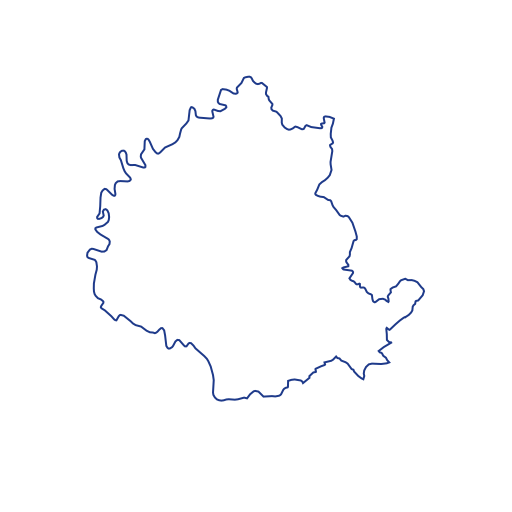 the district of Lang Giang, Bắc Giang, Vietnam, rotated 318°
{"feature_id": "81297802B94506734482800", "entity_name": "Lang Giang", "entity_type": "district", "adm_level": 2, "iso_a3": "VNM", "parent_name": "Vietnam", "parent_adm1": "Bắc Giang", "projection": "mercator", "projection_center": [106.283, 21.368], "detail": "fine", "context": "isolated", "style": "outline", "palette": "blue", "viewbox_px": 512, "rotation_deg": 318, "n_neighbors": 0, "source": "geoboundaries", "source_scale": "gbopen_adm2", "svg_char_len": 6149}
<svg xmlns="http://www.w3.org/2000/svg" viewBox="0 0 512 512"><g transform="rotate(318 256 256)"><path d="M253.3,419.4L256.2,417.6L257.4,415.5L259.8,413.5L263.5,412.1L267.3,412.0L270.2,413.6L276.7,420.0L281.3,423.2L283.8,424.2L283.8,421.2L284.5,418.5L283.8,415.3L284.5,412.7L284.3,411.7L283.5,410.4L283.6,408.7L290.1,409.2L298.5,410.9L298.6,410.6L297.3,409.1L297.1,406.0L300.9,401.6L304.0,397.4L304.6,397.0L305.1,396.9L305.4,399.2L305.8,400.2L306.5,400.3L314.1,400.1L319.8,400.2L324.5,400.7L325.9,401.1L325.9,401.4L330.2,402.0L333.4,401.8L335.7,401.1L338.6,398.5L340.2,398.0L342.2,398.1L344.2,396.5L344.9,396.5L346.8,397.6L353.6,396.7L357.3,394.6L358.2,392.5L358.0,389.7L358.4,383.5L357.2,380.5L355.6,378.1L352.7,375.6L351.7,372.8L347.6,371.1L346.1,371.1L343.2,371.8L339.8,372.3L336.5,370.9L333.9,370.6L333.3,371.1L331.9,373.3L328.5,373.7L327.3,374.0L326.6,374.5L325.9,376.2L324.2,378.5L323.6,378.7L322.9,376.6L322.9,375.1L321.7,372.7L318.6,370.5L314.3,370.2L313.3,369.9L312.8,368.7L312.8,367.8L313.7,365.9L316.0,362.6L315.7,361.1L315.0,360.0L314.5,358.7L314.3,356.8L315.2,353.7L315.3,352.2L314.7,351.2L312.8,349.7L312.6,349.0L313.0,348.0L314.5,346.3L314.3,345.7L312.9,345.2L312.0,344.6L311.6,343.5L311.8,341.6L311.6,340.0L310.9,339.0L310.2,337.0L310.5,335.1L316.6,333.6L317.4,332.9L317.6,331.8L317.4,331.0L312.1,324.7L311.9,324.2L312.0,322.8L313.3,323.0L317.7,325.4L318.7,324.4L319.0,321.2L319.6,320.0L320.4,319.3L325.3,318.8L326.7,317.8L328.4,315.9L332.3,314.1L338.5,310.2L339.8,310.1L340.8,310.9L342.1,310.9L343.9,309.0L346.2,304.5L349.9,295.8L351.0,289.3L350.8,287.7L349.5,286.0L347.3,285.2L346.0,282.9L345.6,281.6L346.3,275.5L346.4,271.4L346.9,269.4L348.5,265.6L348.5,264.3L347.1,262.6L345.8,257.6L343.4,254.8L342.2,252.7L341.4,250.6L341.6,249.5L342.2,249.0L345.8,247.7L351.0,245.2L354.4,245.2L358.0,245.8L361.7,245.8L364.9,245.3L369.7,242.6L372.8,237.8L374.3,236.0L382.9,229.1L384.1,227.4L384.3,224.8L384.9,223.5L385.3,223.1L385.8,223.1L388.4,223.6L389.3,223.1L390.1,221.4L391.0,217.9L393.3,215.2L397.9,211.1L401.7,209.1L405.8,206.1L403.7,201.8L401.0,198.7L399.8,198.2L398.7,198.7L396.2,202.8L395.4,202.9L393.6,201.6L392.7,201.4L392.2,202.0L391.7,204.4L391.0,204.9L390.3,204.9L388.8,203.6L383.3,197.1L381.2,192.7L379.9,192.4L376.6,193.5L375.6,193.1L374.8,192.3L373.1,188.1L371.9,186.2L371.2,186.0L368.7,185.8L366.2,185.0L364.9,184.1L364.0,182.4L363.3,179.7L363.4,176.0L364.4,174.1L367.2,171.1L367.9,168.4L367.8,163.1L367.5,162.0L365.8,159.3L365.7,157.4L366.6,156.0L369.3,154.7L369.9,154.0L370.0,149.2L370.4,148.0L371.8,145.9L371.4,144.4L371.8,142.3L372.9,141.1L376.7,138.4L377.2,137.7L376.2,131.4L375.5,130.7L373.9,130.3L372.4,129.5L371.4,128.1L371.0,126.2L370.9,123.9L371.7,121.1L371.8,119.7L371.1,118.3L369.9,117.4L367.5,116.0L366.1,115.6L360.9,117.7L354.5,118.1L353.5,118.9L351.9,122.1L351.4,122.4L350.3,122.3L349.4,121.8L348.0,120.1L346.8,115.4L345.3,112.5L342.8,109.6L341.1,109.2L332.2,114.3L330.8,115.9L330.5,117.3L330.7,118.7L334.2,123.7L334.1,124.7L333.4,125.7L331.4,125.8L326.4,124.6L324.7,122.7L322.9,119.3L322.4,118.7L321.7,118.6L320.8,118.8L320.2,119.4L317.6,124.1L316.9,124.5L316.0,124.5L314.6,123.7L313.0,122.2L306.3,115.1L305.5,113.8L305.2,112.6L305.5,111.2L307.9,107.8L308.7,105.4L308.3,103.2L307.7,102.2L307.1,102.0L304.3,103.2L296.5,110.1L292.9,110.9L286.3,111.4L285.2,111.8L281.6,114.1L278.7,116.2L275.1,117.4L272.1,117.6L268.7,117.0L261.0,114.5L254.4,114.9L252.7,114.8L251.8,114.5L251.1,113.6L250.8,111.5L251.1,107.4L253.5,100.1L254.0,97.7L253.9,96.5L253.2,95.7L252.3,95.4L250.2,96.2L244.4,102.1L238.6,103.5L237.0,104.9L236.3,106.0L234.6,114.5L233.4,115.8L232.6,115.8L231.4,114.8L227.1,107.5L223.6,104.5L222.6,102.8L222.5,101.2L223.1,99.7L223.7,98.6L227.6,94.0L228.4,92.1L228.6,90.6L228.3,89.3L226.8,88.1L224.9,87.8L223.3,88.2L222.2,88.8L220.4,91.4L219.7,94.4L216.2,101.9L215.1,105.1L214.7,107.6L214.9,113.6L214.3,115.2L213.8,115.5L212.2,115.6L210.5,114.7L205.4,109.6L203.1,108.0L200.5,108.0L198.7,108.8L195.8,111.5L193.1,115.7L192.4,116.4L191.6,116.7L191.0,116.5L190.5,115.8L190.0,114.1L189.6,107.0L189.3,105.9L188.4,104.8L185.8,104.7L183.4,105.4L179.6,108.5L173.5,114.8L168.2,119.7L164.0,120.7L163.3,121.7L163.3,122.5L164.3,123.5L166.7,124.5L168.6,124.6L169.9,124.0L171.9,120.5L173.9,119.8L175.5,120.5L175.9,121.4L176.0,122.8L175.1,125.7L172.9,128.8L170.7,130.7L168.8,131.6L164.3,131.5L162.1,131.0L156.4,128.0L155.2,127.9L154.4,128.8L154.1,131.8L154.8,135.8L157.6,144.8L157.5,146.1L157.0,147.4L155.1,149.1L152.5,149.8L148.9,151.6L146.3,151.2L144.2,149.5L139.9,142.0L138.8,140.7L136.9,140.1L133.0,140.8L130.9,142.5L130.1,143.7L130.1,144.6L130.4,145.6L133.6,151.0L133.6,151.9L133.2,153.8L130.8,157.4L128.5,159.6L124.2,162.4L117.2,167.9L113.8,171.5L111.8,174.0L110.6,176.3L110.2,178.3L110.3,181.6L111.7,184.5L112.1,187.0L112.0,187.9L111.2,188.7L107.8,189.5L106.7,190.0L106.3,190.4L106.2,191.5L107.3,195.3L108.2,203.9L108.2,208.3L108.5,209.5L109.2,210.4L113.7,208.9L115.2,208.8L116.0,209.2L117.8,211.9L119.2,220.6L119.4,223.8L120.3,226.8L123.4,231.6L124.7,238.3L126.1,241.7L128.2,243.9L129.2,245.7L130.7,246.2L132.2,246.3L134.8,246.0L137.2,246.1L138.2,247.0L138.0,249.8L135.3,254.2L129.2,262.8L128.8,265.0L129.0,266.2L130.1,267.1L132.7,267.6L134.3,267.3L138.9,265.6L141.4,265.7L142.7,267.2L142.6,274.4L142.8,275.7L143.9,276.6L147.3,275.9L148.4,276.1L149.4,277.3L149.6,280.8L149.2,284.1L150.6,295.7L150.7,299.5L150.2,302.2L148.4,307.8L144.4,315.7L141.5,320.0L132.7,328.7L131.4,330.7L130.8,333.6L131.0,336.4L132.0,338.4L133.5,340.3L135.4,341.6L138.0,342.8L139.9,344.2L144.1,348.6L146.7,350.4L152.4,353.3L154.1,355.8L159.1,354.8L163.7,355.0L165.1,355.7L167.1,358.4L167.5,365.5L174.1,370.8L176.4,373.3L179.7,375.3L181.1,375.6L182.2,375.5L186.7,373.7L188.0,373.5L189.8,373.8L191.6,374.8L192.2,374.6L196.3,370.3L199.4,371.7L202.1,373.6L206.0,378.5L206.4,380.3L205.9,381.9L214.2,382.3L215.3,381.0L220.7,380.9L222.8,382.2L223.4,381.8L224.1,380.3L224.8,379.7L230.6,381.5L234.0,382.9L234.7,382.9L235.7,380.9L241.8,384.2L243.9,384.6L248.3,384.3L248.2,386.3L249.5,388.0L249.4,390.8L251.5,394.9L252.1,397.3L251.4,404.0L252.3,405.7L251.6,407.5L251.7,413.5L252.5,417.5L253.3,419.4Z" fill="none" stroke="#1e3a8a" stroke-width="2"/></g></svg>